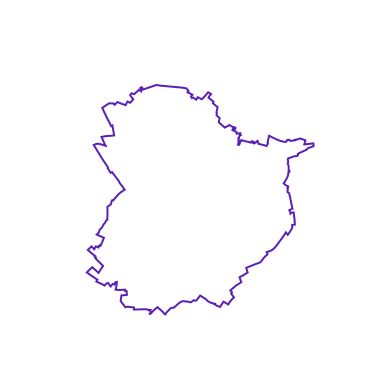 Yen My, Hưng Yên, Vietnam, rotated 63°
{"feature_id": "81297802B77847273364040", "entity_name": "Yen My", "entity_type": "district", "adm_level": 2, "iso_a3": "VNM", "parent_name": "Vietnam", "parent_adm1": "Hưng Yên", "projection": "robinson", "projection_center": [106.034, 20.895], "detail": "fine", "context": "isolated", "style": "outline", "palette": "violet", "viewbox_px": 384, "rotation_deg": 63, "n_neighbors": 0, "source": "geoboundaries", "source_scale": "gbopen_adm2", "svg_char_len": 6046}
<svg xmlns="http://www.w3.org/2000/svg" viewBox="0 0 384 384"><g transform="rotate(63 192 192)"><path d="M307.1,219.2L304.0,213.7L308.6,210.9L308.3,210.0L307.7,209.3L307.0,208.0L305.8,205.1L305.3,203.3L305.0,202.5L300.3,203.2L299.6,201.9L297.2,202.6L296.5,200.2L296.0,197.9L295.4,195.4L295.2,193.7L295.0,191.3L294.7,189.0L294.1,189.0L292.6,188.8L290.1,188.3L289.5,188.3L289.5,187.5L289.5,184.8L289.0,179.0L284.2,178.1L284.9,169.8L285.7,163.0L283.3,157.9L282.5,155.7L281.9,153.1L280.5,152.8L279.4,152.7L279.6,152.0L279.7,151.2L280.0,150.0L280.0,149.1L280.0,147.5L279.9,146.4L279.7,145.2L279.4,144.2L279.0,143.2L278.5,142.1L278.2,141.2L277.6,139.9L276.8,138.3L275.7,136.3L274.1,133.0L271.9,128.9L270.6,126.7L273.6,126.1L273.4,125.6L272.6,124.1L270.6,120.7L269.5,119.1L268.6,118.5L266.9,117.9L267.3,116.3L267.7,115.1L266.5,114.6L264.8,113.9L262.9,113.0L260.4,112.2L258.3,111.4L256.4,110.7L255.6,112.5L256.0,114.0L254.9,113.6L252.4,113.6L252.4,112.7L252.4,111.3L252.5,110.1L251.9,110.0L241.3,107.0L237.2,106.0L235.5,106.9L234.1,106.2L232.9,105.2L232.3,105.4L231.5,105.0L231.3,104.2L230.8,103.7L230.6,103.9L229.0,105.0L227.9,105.7L226.4,106.2L225.8,106.4L225.0,104.7L224.6,104.0L223.9,102.9L221.6,99.8L220.7,98.8L219.7,98.1L218.2,97.2L218.3,96.2L217.4,95.5L216.6,96.1L214.2,94.8L212.5,94.1L210.7,93.8L210.0,93.8L209.3,92.8L207.4,92.1L206.5,91.8L205.8,91.4L205.8,90.5L206.1,88.5L206.3,86.6L206.5,85.2L206.6,84.6L207.0,83.8L207.2,83.0L207.5,82.2L207.5,81.0L206.8,80.6L206.1,80.4L206.0,79.5L206.1,75.8L206.2,74.2L206.3,72.3L206.4,70.8L206.0,70.4L205.8,70.0L205.7,69.3L205.7,68.4L205.8,67.5L205.9,66.5L206.4,62.9L203.8,61.8L200.6,70.3L197.5,67.5L193.5,71.2L193.2,73.0L192.4,76.1L192.8,76.2L192.7,77.0L192.3,77.1L191.9,79.1L191.4,80.5L191.1,81.1L190.6,81.4L190.1,81.6L189.7,81.6L189.5,81.8L188.9,83.5L189.3,84.1L190.0,85.7L189.0,87.2L188.1,88.3L187.1,89.6L186.5,90.2L183.6,92.7L180.4,95.2L178.2,96.8L176.9,97.8L177.1,98.1L178.2,98.8L179.3,99.8L182.2,102.2L182.9,102.1L184.3,103.8L184.9,104.7L183.4,106.1L180.4,109.5L179.4,110.8L176.2,110.4L176.8,112.8L177.0,114.5L176.2,115.3L175.2,114.3L173.9,115.6L174.7,117.0L174.4,117.6L173.7,118.2L172.6,119.4L171.4,121.0L170.5,121.9L169.8,122.7L168.5,124.0L168.9,124.7L168.3,125.2L169.5,126.6L170.7,127.7L171.4,128.7L170.6,129.6L169.3,128.3L168.1,126.9L167.4,127.5L165.5,125.8L165.2,126.2L163.3,123.8L163.5,122.7L161.6,122.3L161.5,122.9L161.3,123.7L160.9,123.7L160.7,124.5L160.3,125.8L159.7,125.7L159.1,125.4L158.5,125.1L156.6,126.8L155.3,127.9L154.9,127.5L154.6,127.2L154.2,126.9L155.4,125.6L155.4,125.1L155.1,124.5L154.6,124.1L154.3,124.1L152.4,126.2L152.1,126.4L151.1,127.1L149.9,127.9L149.3,128.4L149.5,133.5L142.1,136.5L140.8,135.5L139.8,134.7L138.8,133.8L134.7,135.3L132.9,133.9L132.3,134.1L130.6,132.8L129.5,131.9L128.0,130.6L123.7,132.6L122.3,133.1L121.4,131.8L117.9,133.4L115.7,134.4L115.4,134.4L114.8,133.7L113.4,130.6L110.5,132.4L112.8,137.9L113.8,141.2L110.1,143.9L111.7,146.3L108.3,148.2L108.2,149.5L106.4,149.5L105.5,147.5L101.1,150.7L100.3,149.2L97.1,150.0L94.0,154.2L88.3,163.3L82.8,172.0L80.5,175.0L78.4,189.6L77.8,189.2L76.8,189.0L75.8,189.2L75.9,190.9L76.7,190.8L77.6,191.0L79.0,191.7L76.9,192.9L78.6,199.1L76.6,201.0L77.6,203.1L78.7,203.0L82.8,202.3L83.8,205.0L84.3,206.1L84.3,206.8L82.1,208.4L84.4,211.8L81.8,214.3L79.4,216.4L78.0,217.6L79.2,221.3L78.6,221.5L77.5,221.6L77.0,222.8L75.4,225.3L75.5,227.3L76.3,233.8L86.8,234.1L95.8,234.1L96.7,234.1L96.6,232.7L97.3,232.9L106.2,235.7L105.5,237.8L103.4,242.6L101.8,247.6L109.2,248.0L111.6,248.0L107.9,251.8L106.2,254.0L105.7,255.7L105.5,258.2L110.3,257.8L120.6,257.0L132.0,255.7L132.6,256.3L138.0,255.8L138.0,254.2L149.2,252.2L150.4,252.4L151.8,252.2L153.7,251.8L156.0,251.4L157.8,251.2L159.4,250.9L159.6,253.3L160.0,255.8L160.9,259.3L163.7,266.0L163.1,266.7L163.5,267.4L164.2,268.2L164.6,268.6L165.4,269.2L166.0,269.5L166.8,274.1L170.1,275.7L174.1,277.8L177.0,279.4L178.3,280.0L178.3,280.4L178.3,281.0L178.5,281.5L178.9,282.0L179.4,282.7L179.9,283.4L180.2,284.0L180.4,284.5L180.5,285.1L180.7,285.6L181.1,286.1L181.6,286.7L182.2,287.4L182.7,288.4L183.1,289.4L183.3,290.2L183.5,290.9L183.8,291.4L184.2,292.0L184.8,292.3L185.6,293.2L186.0,294.1L186.7,296.2L192.8,291.3L195.8,294.7L197.8,297.2L198.2,297.6L197.6,298.0L198.3,299.2L197.9,299.7L198.9,300.6L196.8,302.3L198.6,305.1L194.9,306.2L196.3,311.1L200.2,309.6L205.3,307.3L205.6,308.1L206.9,307.5L207.2,308.1L210.2,307.2L217.5,304.8L221.6,312.0L219.2,312.9L213.7,315.0L214.8,318.9L215.9,322.2L219.3,320.5L227.2,316.1L228.4,317.9L232.0,315.0L233.1,314.1L235.6,312.4L234.9,310.2L234.7,309.0L235.0,308.1L236.8,307.8L239.2,307.4L238.4,305.7L238.0,304.3L238.8,303.7L239.2,303.3L238.0,301.7L237.7,300.9L238.0,299.8L240.8,301.5L244.4,304.4L245.8,302.1L247.0,299.8L248.1,297.0L248.7,295.9L249.9,296.5L250.6,295.3L252.7,296.1L254.1,296.8L253.6,298.2L252.7,300.4L252.1,301.8L256.8,305.1L257.3,305.0L262.7,304.0L264.5,303.6L264.6,302.9L264.7,302.2L265.2,301.3L266.2,299.6L267.7,297.5L268.6,296.1L269.5,296.6L270.4,297.1L270.7,296.5L271.4,295.1L272.2,293.2L275.2,287.0L275.5,286.4L277.5,283.7L278.1,282.8L278.3,283.6L278.7,283.1L279.6,283.1L280.7,283.2L280.9,283.9L281.2,285.0L281.6,284.9L281.6,284.2L281.3,283.2L280.9,282.2L280.0,279.4L279.6,278.0L279.2,276.0L278.9,275.1L281.1,274.2L282.0,273.8L283.9,273.1L284.4,272.8L285.1,272.6L285.8,272.4L286.6,272.3L287.4,272.0L288.2,271.7L288.9,271.4L288.6,271.0L288.1,270.0L287.5,268.8L287.1,267.5L286.7,266.3L286.2,264.9L286.0,264.1L286.0,263.5L286.0,263.0L286.1,262.3L286.5,261.4L286.8,260.8L286.8,260.3L286.6,259.9L286.4,259.2L286.1,258.0L285.7,256.2L285.1,254.2L284.9,252.8L284.8,251.3L285.0,250.5L285.3,249.3L285.9,248.5L287.0,246.7L288.2,245.0L289.1,244.1L289.6,243.4L289.7,242.8L289.6,241.9L289.4,240.9L289.2,240.2L289.3,239.7L289.5,239.3L290.2,238.7L290.5,237.9L290.5,236.9L289.7,235.4L288.0,231.7L294.3,228.0L294.8,228.0L295.5,227.8L296.3,227.5L297.2,227.0L297.9,226.5L298.7,225.9L299.4,225.2L300.0,224.7L301.0,223.5L301.5,223.0L301.9,222.4L302.2,223.0L302.7,222.6L303.9,221.9L305.0,221.2L307.1,219.2Z" fill="none" stroke="#5b21b6" stroke-width="2"/></g></svg>